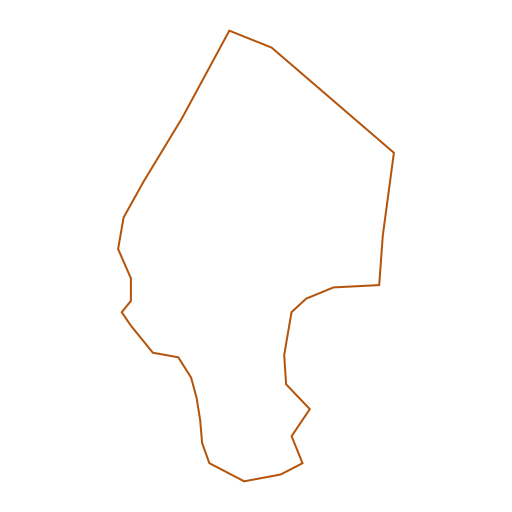 an SVG outline of Naxxar
{"feature_id": "MLT-5928", "entity_name": "Naxxar", "entity_type": "state/province", "adm_level": 1, "iso_a3": "MLT", "parent_name": "Malta", "parent_adm1": "", "projection": "albers", "projection_center": [14.439, 35.933], "detail": "fine", "context": "isolated", "style": "outline", "palette": "amber", "viewbox_px": 512, "rotation_deg": 0, "n_neighbors": 0, "source": "natural_earth", "source_scale": "10m", "svg_char_len": 496}
<svg xmlns="http://www.w3.org/2000/svg" viewBox="0 0 512 512"><path d="M229.3,30.7L271.6,47.6L393.9,152.8L382.8,235.5L379.2,285.1L333.5,287.4L306.2,298.6L291.5,312.2L284.2,355.0L286.1,384.3L309.8,409.1L291.6,436.2L302.5,463.2L280.6,474.5L244.1,481.3L209.4,463.2L202.1,443.0L200.2,420.4L196.6,397.9L191.1,377.6L178.3,357.3L152.8,352.7L130.9,325.7L121.7,312.2L130.9,300.9L130.9,278.3L118.1,249.0L123.6,217.5L143.7,181.4L182.0,118.2L229.3,30.7Z" fill="none" stroke="#b45309" stroke-width="2"/></svg>